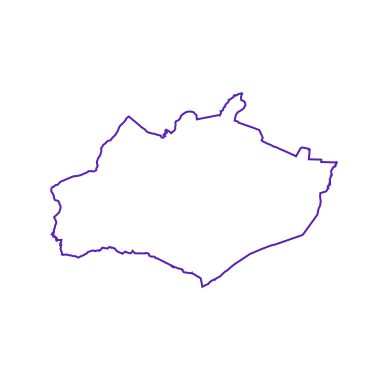 outline of Albeni, Gorj, Romania, rotated 160°
{"feature_id": "2599482B6385563312435", "entity_name": "Albeni", "entity_type": "district", "adm_level": 2, "iso_a3": "ROU", "parent_name": "Romania", "parent_adm1": "Gorj", "projection": "equal_earth", "projection_center": [23.622, 45.016], "detail": "fine", "context": "isolated", "style": "outline", "palette": "violet", "viewbox_px": 384, "rotation_deg": 160, "n_neighbors": 0, "source": "geoboundaries", "source_scale": "gbopen_adm2", "svg_char_len": 6055}
<svg xmlns="http://www.w3.org/2000/svg" viewBox="0 0 384 384"><g transform="rotate(160 192 192)"><path d="M322.0,244.2L322.7,243.6L323.4,242.3L324.0,240.7L323.8,239.3L323.4,238.4L323.2,235.3L323.6,233.8L323.7,232.2L323.6,231.6L323.3,231.1L321.1,229.6L320.6,229.0L320.4,227.4L320.7,226.0L320.4,224.7L320.4,223.6L320.6,222.9L321.2,221.5L323.8,218.3L327.0,216.8L330.0,215.7L330.2,215.3L330.2,214.7L329.8,212.1L329.9,211.1L329.8,210.4L329.9,209.9L330.7,208.6L332.0,207.4L333.4,205.0L334.2,204.2L335.1,202.7L335.3,201.7L335.9,201.7L336.1,201.4L336.4,201.4L337.0,201.1L338.1,200.3L336.7,199.8L336.9,199.5L336.8,199.0L337.2,198.6L337.5,198.6L337.6,197.8L336.9,197.9L336.9,197.7L336.3,197.2L336.7,196.9L336.6,196.6L335.5,196.1L335.3,195.8L334.9,195.4L334.9,195.2L335.4,195.1L335.4,194.9L335.0,194.8L335.0,194.7L335.6,194.5L335.3,193.6L336.0,193.5L336.0,193.3L335.9,193.1L336.0,192.6L335.8,192.5L335.4,192.8L335.1,192.6L334.9,192.9L331.1,191.6L332.6,189.1L333.3,188.9L333.3,188.5L334.0,187.3L333.0,187.1L335.1,183.4L335.0,180.2L335.2,178.6L335.0,178.1L335.6,177.8L335.5,177.6L334.8,177.1L330.9,176.0L329.2,174.6L327.4,173.8L325.8,172.5L323.9,171.7L323.0,171.1L322.5,170.6L321.9,169.8L321.4,169.3L321.1,169.2L318.5,169.6L315.5,169.7L314.2,170.1L312.1,170.2L311.8,170.3L310.7,171.1L309.9,171.3L308.5,171.0L307.9,171.2L306.0,171.1L305.3,170.9L304.0,170.4L303.6,169.8L303.2,169.5L302.3,169.6L300.0,169.2L299.7,168.9L299.5,168.5L298.9,168.9L297.7,168.8L295.8,170.3L295.5,170.2L295.1,169.9L294.2,169.9L293.2,169.1L291.0,168.0L290.6,167.7L288.9,168.5L288.5,168.6L287.4,167.9L287.0,167.2L286.1,167.1L285.1,166.4L284.9,165.9L283.7,165.2L283.6,164.4L283.1,162.6L281.2,160.3L279.0,158.6L278.9,158.1L278.6,157.8L278.3,157.8L277.3,158.3L275.9,158.5L275.0,158.8L274.8,158.2L273.4,157.3L272.8,156.6L271.6,155.8L270.9,155.6L269.3,155.8L268.6,156.3L268.0,157.0L266.6,154.1L265.5,153.4L263.2,152.7L258.2,150.7L257.2,150.4L256.9,150.6L256.2,150.5L255.8,150.3L255.4,149.8L254.4,149.4L254.1,149.1L253.8,148.7L253.9,147.5L253.8,146.5L252.0,145.0L250.2,144.5L249.6,144.1L249.1,143.4L249.2,143.0L248.6,142.3L248.0,142.0L246.9,141.0L240.5,134.2L235.9,129.4L236.4,129.0L235.9,128.4L235.1,127.6L234.6,128.0L230.8,124.7L229.6,124.1L227.5,122.5L227.5,122.2L227.8,121.7L227.5,121.5L227.2,119.4L220.8,116.0L219.8,116.1L219.9,115.8L219.8,115.6L217.8,113.5L215.6,110.6L214.2,109.2L214.1,108.7L213.3,107.7L214.7,99.4L209.2,100.1L208.9,99.9L208.3,99.9L206.9,100.9L205.6,101.2L204.3,102.0L202.1,102.0L201.4,102.2L201.2,101.9L200.7,101.9L200.4,102.0L200.0,101.8L199.6,102.2L199.5,102.4L194.8,103.0L188.1,105.9L187.3,105.9L184.2,106.8L182.9,107.5L177.4,109.4L160.5,113.5L158.8,113.9L145.9,114.6L135.4,114.7L131.9,114.2L103.5,113.8L102.2,114.1L82.4,127.5L81.7,128.1L79.4,132.1L78.4,133.4L76.5,135.2L75.9,136.1L74.3,139.1L74.1,139.8L73.3,143.6L72.8,144.9L71.8,147.0L69.7,147.0L66.9,146.7L65.7,146.8L64.5,147.5L64.0,148.1L63.2,148.8L62.6,148.8L62.6,149.3L62.9,150.0L62.5,150.4L62.5,150.8L61.9,151.3L61.4,151.1L61.3,151.5L60.7,151.8L60.2,152.5L60.0,152.4L59.8,151.8L59.6,151.8L59.2,153.2L59.5,153.7L58.9,154.0L58.6,155.2L58.5,155.8L58.2,156.3L58.2,156.7L58.2,157.0L57.6,157.3L57.2,158.0L55.7,159.4L55.6,159.6L55.7,160.0L54.7,160.3L54.6,160.5L54.8,160.8L54.6,161.4L54.6,162.6L54.1,164.0L53.9,164.3L52.9,165.3L52.1,165.7L51.5,166.5L50.8,167.0L50.2,167.2L49.4,167.2L48.8,166.9L48.4,167.0L48.1,167.5L48.0,168.6L47.2,168.8L46.1,169.8L45.9,170.6L47.8,171.0L60.3,176.0L59.4,178.1L59.5,178.3L64.0,180.0L71.0,182.8L66.9,191.6L67.9,192.0L67.6,192.6L68.2,192.8L68.3,193.2L73.3,196.2L75.0,196.0L82.1,189.9L82.5,190.3L83.6,191.9L83.9,192.1L84.2,192.2L87.0,195.0L98.5,206.1L99.5,206.5L101.5,208.9L104.9,212.0L107.8,215.0L109.0,216.6L107.0,218.8L107.1,221.3L107.6,227.2L113.4,232.2L124.6,241.3L124.6,242.3L127.5,244.5L125.5,247.8L124.2,249.6L121.8,251.3L118.7,251.8L116.3,252.4L114.6,253.1L112.2,255.2L111.8,256.4L111.7,257.7L111.9,259.1L112.7,260.2L114.1,261.2L114.3,261.7L113.4,264.6L112.3,266.1L111.2,267.4L111.8,267.9L112.8,267.7L113.9,268.2L115.2,268.1L116.3,267.8L116.6,267.6L117.0,267.8L117.6,267.6L118.7,267.7L118.6,268.4L118.7,268.5L119.0,268.6L120.2,267.8L120.5,267.2L120.9,266.8L122.3,266.7L123.3,266.3L125.6,265.9L126.0,266.1L126.3,265.8L126.4,265.0L126.7,264.5L127.8,263.8L130.4,262.8L131.2,262.0L131.4,261.3L131.7,260.9L132.0,260.7L133.0,260.7L134.4,259.2L135.0,258.3L136.3,258.0L137.5,258.1L137.7,256.4L139.5,254.4L140.1,254.8L141.1,255.2L162.6,258.6L162.3,260.0L161.5,262.4L162.6,264.7L163.0,266.1L164.8,267.6L168.2,268.9L169.5,268.9L170.2,269.1L173.8,268.3L174.3,268.1L174.5,267.9L175.9,267.5L176.6,267.0L177.0,266.4L177.8,265.7L178.3,265.0L179.3,264.4L181.3,263.9L182.8,263.9L183.4,263.7L183.9,262.8L184.0,262.0L184.3,261.1L185.6,258.7L186.1,257.1L187.7,255.7L190.0,255.1L191.1,254.4L191.5,255.0L191.8,254.9L191.9,255.1L191.7,255.3L193.4,257.6L194.5,258.8L194.8,259.3L195.0,259.4L196.1,258.7L195.3,257.2L195.2,256.8L195.3,256.4L195.8,256.5L196.2,256.3L197.0,256.7L197.4,256.5L197.3,255.7L198.6,255.6L199.2,255.4L199.2,255.2L198.9,254.5L198.2,253.7L200.6,252.9L202.0,253.6L202.0,255.2L202.1,255.7L202.4,255.8L204.5,257.3L205.4,257.9L208.1,260.0L209.4,260.5L210.9,261.8L212.6,262.7L214.4,265.3L214.7,266.6L215.6,268.0L216.7,269.3L217.5,270.5L218.9,273.2L225.6,284.6L226.8,284.2L228.9,283.3L229.4,282.7L231.4,281.3L234.4,279.8L236.5,279.1L238.4,277.6L240.1,275.6L242.3,273.5L242.9,273.3L243.8,272.3L245.2,271.5L248.6,270.0L250.7,268.6L251.1,268.5L252.5,268.7L254.3,268.6L255.2,268.3L256.1,267.6L256.7,267.4L259.0,266.7L259.7,266.4L260.5,265.4L262.1,264.5L262.6,263.8L262.9,262.0L265.3,258.4L266.3,257.4L267.2,257.0L267.6,256.5L269.0,255.6L269.8,254.3L270.8,253.4L271.1,252.6L271.7,250.5L271.7,249.9L271.6,249.0L271.7,248.6L273.2,247.5L273.8,246.9L274.1,246.5L274.2,245.7L274.5,245.4L274.9,245.1L277.6,245.0L279.3,246.0L282.3,247.0L282.8,246.6L283.4,246.4L291.0,245.9L294.7,246.4L298.0,247.3L298.8,247.3L308.2,246.8L308.9,246.6L309.8,246.8L311.6,246.7L312.5,246.4L315.8,244.8L316.3,244.8L318.0,245.1L319.1,244.8L320.0,244.2L320.9,244.4L322.0,244.2Z" fill="none" stroke="#5b21b6" stroke-width="2"/></g></svg>